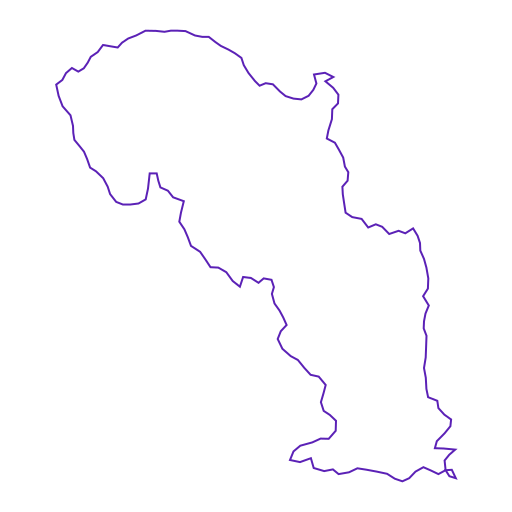 outline of José Raydan, Minas Gerais, Brazil
{"feature_id": "56859067B76751419616025", "entity_name": "José Raydan", "entity_type": "district", "adm_level": 2, "iso_a3": "BRA", "parent_name": "Brazil", "parent_adm1": "Minas Gerais", "projection": "orthographic", "projection_center": [-42.476, -18.259], "detail": "fine", "context": "isolated", "style": "outline", "palette": "violet", "viewbox_px": 512, "rotation_deg": 0, "n_neighbors": 0, "source": "geoboundaries", "source_scale": "gbopen_adm2", "svg_char_len": 2447}
<svg xmlns="http://www.w3.org/2000/svg" viewBox="0 0 512 512"><path d="M445.6,470.2L444.6,460.5L449.3,454.7L455.2,449.6L443.6,448.5L434.9,448.2L436.8,441.2L444.6,433.3L450.4,426.2L451.1,419.5L444.3,414.6L438.4,408.1L437.3,400.8L428.1,397.2L426.4,388.9L425.8,377.8L424.0,368.0L425.7,357.5L426.1,347.1L426.5,335.8L423.7,328.4L424.0,321.3L425.5,313.5L428.8,305.5L423.1,296.2L427.9,288.6L428.3,278.4L426.4,267.6L424.0,258.9L420.3,250.6L420.0,243.0L417.6,235.8L413.1,228.4L405.3,233.3L398.6,230.8L389.2,234.0L382.2,226.8L375.8,224.3L368.2,227.5L361.6,218.9L352.2,217.1L345.6,212.7L344.1,203.0L342.8,194.3L342.4,186.7L347.6,180.7L348.3,172.2L344.9,166.6L343.2,157.6L338.7,149.3L334.9,142.7L326.8,138.5L328.4,130.4L331.9,119.2L332.3,109.2L338.0,103.4L338.4,94.7L333.2,87.8L325.4,81.3L333.3,77.0L325.0,72.8L314.0,74.5L316.4,83.5L313.3,89.9L308.6,95.8L301.4,99.4L293.5,98.6L285.6,96.1L280.0,91.5L272.9,84.3L265.7,83.2L259.6,85.7L255.0,81.1L248.5,73.0L243.8,65.2L241.4,57.9L234.8,53.2L228.5,49.6L220.8,45.9L215.3,42.0L208.8,36.9L202.5,36.9L195.0,35.5L185.5,31.1L177.9,30.7L170.7,30.7L164.5,31.8L156.0,30.9L145.5,30.7L136.1,35.5L128.2,38.5L122.0,42.7L117.7,47.5L111.1,46.4L103.0,45.0L97.7,52.1L90.8,56.8L87.7,62.7L83.8,68.3L78.3,71.6L71.9,68.0L66.0,73.1L62.3,80.0L56.2,84.6L58.6,95.8L62.6,106.3L70.5,115.3L73.0,125.9L73.3,133.0L74.4,139.9L79.2,145.7L84.0,151.7L87.1,159.0L90.1,167.6L96.0,171.3L103.2,178.2L107.7,186.7L110.1,194.1L116.2,201.9L122.8,204.5L130.5,204.5L138.5,203.5L145.7,199.4L148.0,188.6L149.7,173.4L156.7,173.4L158.3,180.7L160.4,187.4L167.9,190.7L173.1,197.3L183.8,201.2L181.0,212.5L179.3,221.7L184.4,229.3L187.8,237.2L191.0,245.9L200.1,251.8L205.3,259.3L210.5,267.2L218.3,267.6L226.3,272.2L232.7,281.0L239.9,286.7L243.1,277.0L251.0,278.0L258.5,282.8L263.7,278.4L271.5,279.8L273.9,287.1L271.9,293.9L274.5,303.5L279.5,310.5L283.2,317.4L286.6,325.0L280.8,331.2L277.7,339.0L282.4,348.8L290.7,356.1L297.9,360.0L304.4,368.0L310.6,374.8L318.7,376.6L325.7,385.0L323.5,393.3L320.9,402.2L323.7,410.9L329.8,414.9L336.0,420.8L335.7,430.8L328.7,438.8L320.6,438.6L312.3,442.4L300.3,445.7L293.5,451.4L290.0,460.0L300.0,462.1L310.9,458.2L313.7,468.0L324.2,471.1L332.9,469.4L338.6,474.1L349.0,472.3L357.4,468.3L366.4,469.7L376.7,471.6L387.1,473.8L394.8,478.7L402.4,481.3L409.2,478.2L415.5,471.6L423.4,467.2L430.9,470.5L438.4,474.1L445.6,470.2ZM445.6,470.2L449.4,476.2L455.8,478.2L451.8,469.8L445.6,470.2Z" fill="none" stroke="#5b21b6" stroke-width="2"/></svg>